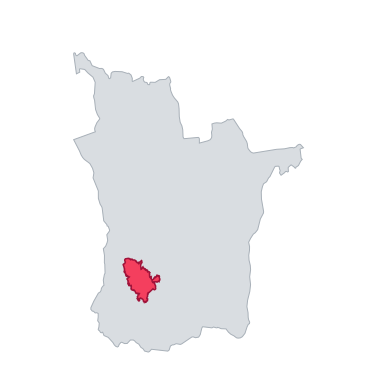 location of Bafwasende, Orientale, Democratic Republic of the Congo, rotated 172°
{"feature_id": "63176286B50174012793828", "entity_name": "Bafwasende", "entity_type": "district", "adm_level": 2, "iso_a3": "COD", "parent_name": "Democratic Republic of the Congo", "parent_adm1": "Orientale", "projection": "equal_earth", "projection_center": [26.956, 0.799], "detail": "fine", "context": "in_parent", "style": "filled", "palette": "rose", "viewbox_px": 384, "rotation_deg": 172, "n_neighbors": 0, "source": "geoboundaries", "source_scale": "gbopen_adm2", "svg_char_len": 8943}
<svg xmlns="http://www.w3.org/2000/svg" viewBox="0 0 384 384"><g transform="rotate(172 192 192)"><path d="M301.9,260.3L279.3,265.1L279.7,266.8L279.5,268.6L278.9,270.0L276.6,273.8L273.2,277.2L273.2,278.0L274.9,281.9L276.0,287.1L275.7,296.4L276.1,298.9L276.1,300.8L274.9,303.0L272.6,314.1L274.1,319.5L278.6,324.5L281.2,328.3L285.6,329.6L286.3,329.4L286.5,326.3L290.0,325.1L290.0,344.9L289.7,346.0L289.1,346.2L288.2,345.6L288.0,343.7L287.0,342.9L282.8,345.3L281.7,345.3L280.5,344.9L279.6,343.9L279.4,342.4L276.4,336.6L274.9,336.2L273.3,331.0L266.5,327.2L264.0,326.9L262.6,325.8L261.3,321.7L259.0,319.0L258.5,316.1L258.1,315.7L256.7,316.3L255.5,320.9L254.0,322.0L251.3,322.1L244.4,320.8L239.4,318.4L238.1,318.5L236.1,316.4L235.3,312.9L235.8,310.1L235.4,309.7L227.9,312.0L226.1,313.4L224.4,313.1L223.8,312.3L224.6,310.4L224.2,308.4L223.6,307.4L221.4,306.7L220.7,304.5L219.3,304.2L218.9,304.5L218.5,306.0L217.7,306.5L213.2,305.7L208.5,307.7L202.3,307.2L199.3,309.5L198.9,309.4L198.2,308.2L197.6,304.5L197.9,303.5L198.8,302.7L199.2,301.2L198.8,297.3L199.1,296.4L198.7,294.1L197.8,290.6L196.4,287.6L193.6,283.2L193.1,281.2L193.2,276.3L194.1,268.5L194.0,262.7L192.8,258.9L192.5,254.9L193.2,247.6L192.5,245.9L178.2,245.2L177.6,244.7L177.3,243.7L177.9,239.4L169.2,240.5L166.6,241.3L165.0,243.1L164.5,245.3L164.4,248.4L163.1,251.4L162.8,256.6L160.4,257.1L158.0,257.1L153.3,256.1L148.8,257.5L146.6,258.9L145.4,258.2L141.3,258.7L140.8,258.4L136.1,248.3L134.0,244.9L133.6,243.3L133.7,241.7L133.1,239.6L130.9,234.4L130.5,232.0L130.6,228.2L130.3,226.9L128.4,223.7L127.1,222.6L125.6,222.0L102.2,222.5L94.5,221.9L88.8,222.3L86.0,222.0L85.2,221.5L82.6,222.2L81.2,223.6L79.2,224.3L78.0,224.0L75.5,220.3L78.8,219.6L79.0,219.2L79.2,210.2L78.3,209.0L80.1,207.4L82.9,203.4L85.7,202.0L86.0,201.2L86.6,201.3L87.7,202.9L90.1,205.1L93.0,203.2L93.4,202.7L93.7,198.8L94.5,198.5L95.7,199.3L96.5,199.3L97.7,198.2L101.5,196.2L102.7,198.7L101.7,201.0L102.1,202.5L102.2,205.0L102.9,205.6L105.9,205.8L106.7,205.2L112.7,196.4L114.2,195.3L116.7,191.8L120.0,190.2L121.5,187.5L123.4,182.5L124.2,175.3L123.8,162.9L124.1,161.3L128.1,155.7L132.2,145.6L135.0,142.9L137.1,141.8L140.3,138.1L142.9,134.4L142.6,129.9L143.2,126.2L144.6,121.5L145.0,116.5L144.5,111.2L144.8,106.9L146.7,100.0L146.9,92.1L148.6,85.5L152.0,77.1L153.6,70.8L153.3,64.7L153.8,60.1L153.7,57.4L153.0,55.1L153.4,53.7L154.7,53.1L156.3,50.7L159.2,44.7L162.3,41.7L164.5,40.8L166.8,40.9L168.2,41.4L170.6,43.8L173.3,45.7L175.4,48.1L177.4,51.7L182.2,52.6L184.3,53.9L185.6,54.4L186.1,54.0L187.1,54.2L189.4,55.3L191.2,54.7L200.2,57.1L201.2,55.9L203.7,49.6L205.6,47.4L208.7,47.2L211.1,48.4L212.4,48.4L223.4,43.0L224.8,42.7L228.8,44.0L231.4,43.2L232.5,43.4L234.8,42.5L236.6,38.7L238.1,37.8L254.0,41.9L256.4,39.9L257.6,39.6L261.1,41.1L262.2,43.4L264.3,45.4L265.8,48.7L268.2,50.6L269.4,52.4L270.7,53.6L273.6,54.0L277.3,51.0L279.9,51.3L282.5,53.0L283.4,52.9L285.3,51.2L286.4,49.3L287.4,48.9L288.9,49.7L290.2,51.4L291.3,54.0L295.2,59.7L299.1,62.1L300.0,65.6L301.4,65.2L302.1,65.6L303.1,67.8L303.8,68.2L304.0,69.1L303.0,71.2L302.1,75.2L303.3,77.6L302.3,81.2L301.8,84.8L303.1,85.7L304.7,85.7L306.1,87.6L307.3,87.9L308.5,89.9L308.2,91.6L304.4,97.6L298.8,104.9L296.8,105.8L295.8,107.1L295.1,109.3L293.5,111.1L292.2,111.8L292.1,117.1L290.2,122.6L289.4,123.7L288.4,132.6L288.6,134.2L287.5,141.5L287.7,148.2L285.0,150.4L283.1,153.7L282.2,156.0L282.3,161.5L279.1,164.9L278.9,165.7L279.7,169.6L280.8,170.2L280.8,171.5L283.4,175.7L283.2,188.6L283.4,189.8L284.7,192.9L285.6,198.7L284.6,206.1L288.0,219.7L286.5,224.6L287.2,229.4L289.2,234.4L294.1,239.3L295.4,241.3L296.6,244.0L297.7,248.3L301.9,260.3Z" fill="#d9dde1" stroke="#a8b0b8" stroke-width="1"/><path d="M256.7,93.3L256.5,93.1L256.3,93.2L256.2,93.1L256.0,92.9L255.5,92.4L255.4,92.2L255.4,91.9L255.4,91.6L255.3,91.2L255.3,90.8L255.2,90.8L255.1,90.4L254.9,90.1L254.7,89.5L254.4,89.9L254.0,89.9L253.8,90.2L253.7,90.2L253.6,89.9L253.4,89.8L253.3,89.2L253.0,89.2L251.8,90.6L251.6,90.7L251.5,90.4L251.3,90.4L251.2,90.5L251.3,90.8L251.3,91.2L251.0,91.5L250.8,92.0L250.8,92.3L251.1,92.3L251.2,92.5L251.5,92.6L251.6,92.9L251.4,93.4L251.2,94.0L250.5,94.8L250.4,95.2L250.5,95.5L250.2,96.3L250.3,97.2L249.9,97.5L249.6,97.4L249.6,98.0L249.4,98.5L249.2,98.5L248.7,98.3L244.1,101.6L243.8,101.0L243.1,100.6L242.7,100.4L242.1,100.6L241.4,101.2L241.4,102.7L241.1,103.9L241.3,104.2L241.2,104.6L241.7,105.6L241.6,105.8L241.8,107.0L242.1,107.1L242.3,107.2L242.3,107.5L242.7,107.6L242.9,107.8L243.2,107.7L243.4,107.8L243.7,108.5L240.0,108.1L239.8,108.1L239.6,107.8L239.4,107.7L238.9,107.7L238.7,107.7L238.2,108.2L237.6,108.3L237.1,107.8L236.6,108.9L236.1,109.4L236.2,109.5L236.3,110.0L236.2,110.1L236.0,110.8L236.2,111.2L236.3,112.3L236.0,112.8L236.1,113.4L236.3,113.7L236.6,113.8L236.8,113.4L237.0,113.6L237.2,113.4L237.3,113.4L237.4,113.5L237.5,113.8L237.6,114.0L237.9,114.0L238.0,113.8L238.0,113.6L238.3,114.4L238.7,114.0L238.6,113.5L238.7,113.4L239.0,113.2L239.0,113.4L239.3,113.0L239.6,112.9L240.2,113.1L240.1,112.4L240.6,112.2L241.2,112.4L241.4,112.3L241.7,111.5L241.9,111.4L242.0,111.5L242.3,111.0L243.0,110.8L243.7,110.1L243.9,110.2L244.2,110.9L244.4,111.7L244.6,112.1L244.5,112.3L244.4,112.1L244.3,112.4L244.4,112.5L244.5,112.5L244.4,112.7L244.7,112.8L244.6,113.0L244.8,112.9L244.9,113.1L245.0,113.0L244.8,113.1L244.7,113.4L244.7,113.5L244.9,113.3L245.0,113.4L244.9,113.7L245.0,113.8L245.1,113.7L245.2,113.4L245.4,113.4L245.4,113.5L245.6,113.4L245.7,113.5L245.7,115.1L245.4,116.3L245.6,116.5L245.5,117.7L245.4,117.8L245.1,117.7L244.9,118.0L245.3,118.3L245.4,118.7L245.6,119.0L246.0,119.1L246.4,119.3L247.0,119.0L247.3,119.4L247.2,120.0L247.0,120.4L246.9,120.6L247.0,120.8L247.6,121.0L247.7,120.9L247.9,120.9L247.9,121.1L248.0,121.3L248.4,121.4L248.5,121.6L248.8,122.1L249.1,121.9L249.2,121.6L249.4,121.9L249.5,122.6L249.9,122.6L250.1,122.7L250.4,123.6L250.8,123.8L251.0,124.7L251.5,124.3L251.5,124.1L251.5,123.8L251.5,123.6L252.0,123.4L252.6,123.0L252.7,122.7L253.2,122.5L253.3,123.2L253.2,123.3L253.1,123.6L253.2,125.6L252.9,127.3L252.5,127.7L252.3,128.2L252.4,128.4L252.0,128.7L251.7,128.7L251.4,129.0L251.3,129.8L251.4,130.1L251.6,130.5L251.4,131.1L251.5,131.2L252.1,130.7L252.6,130.5L253.1,130.1L253.2,129.9L253.6,129.5L253.9,129.7L254.2,129.6L254.3,129.4L254.1,129.2L254.1,128.9L254.3,128.7L254.3,128.9L254.8,129.1L254.8,129.3L255.0,129.1L255.6,129.7L255.9,129.8L255.9,129.7L256.1,129.9L256.3,129.9L256.3,130.1L256.5,130.4L256.8,130.4L257.0,130.8L256.9,131.0L257.1,131.1L257.1,131.6L257.6,131.7L257.6,132.0L257.8,132.3L258.5,132.7L259.8,132.8L259.9,133.0L260.4,133.2L260.5,133.7L260.6,133.8L261.3,133.9L261.5,133.8L261.8,133.5L262.1,133.4L262.2,133.5L262.3,134.1L262.5,134.3L262.8,134.1L263.0,134.2L263.2,134.4L263.5,134.6L263.5,134.8L263.8,134.8L263.9,135.0L264.3,135.2L267.2,135.1L267.3,135.0L267.6,134.8L267.7,134.6L267.8,134.4L268.0,134.3L268.1,134.0L268.1,133.1L268.0,132.7L267.7,132.0L267.8,131.7L268.2,131.3L268.4,130.8L268.5,130.6L268.8,130.4L269.3,130.4L269.8,129.9L270.1,129.9L270.3,129.6L270.2,129.3L270.1,128.6L269.9,127.9L269.8,127.0L269.7,126.3L269.7,126.2L269.7,125.8L269.5,125.4L269.7,125.1L269.7,124.9L269.6,124.6L269.7,124.3L269.6,124.0L269.7,123.8L269.7,123.6L270.0,123.4L270.1,123.2L270.3,122.8L270.1,122.3L269.9,122.3L270.0,122.2L270.1,121.7L269.9,121.5L269.7,121.5L269.6,121.3L269.4,121.3L269.3,121.0L269.2,120.9L269.2,120.7L269.1,120.3L269.1,120.0L269.2,119.9L269.1,119.7L269.1,119.1L268.9,119.1L269.0,118.8L268.8,118.7L269.0,118.6L269.0,118.3L268.7,118.1L268.8,117.9L268.7,117.7L267.9,117.5L267.8,117.4L267.6,117.4L267.4,117.2L267.3,117.4L267.2,117.2L267.0,117.4L266.5,117.2L266.2,116.8L265.9,116.6L266.6,116.1L267.1,116.1L267.5,115.5L267.9,115.1L268.3,115.2L268.5,114.9L267.6,113.0L267.8,112.8L267.7,112.7L267.6,112.3L267.9,111.4L268.4,109.9L268.3,110.0L268.2,109.8L267.7,110.2L267.4,109.9L267.3,110.1L267.1,109.9L267.0,110.0L266.9,109.7L267.5,108.6L267.6,108.2L267.2,108.1L266.9,108.0L266.6,108.2L266.3,107.8L266.0,107.8L265.8,107.8L265.6,107.9L265.4,107.6L265.2,107.7L265.2,106.8L265.6,106.4L265.4,105.3L265.7,105.2L265.8,105.1L265.6,104.8L265.5,104.6L265.7,103.9L264.9,103.3L264.7,103.1L264.3,103.2L263.9,103.2L263.7,102.9L263.5,103.2L263.2,103.2L263.1,102.9L263.0,102.7L262.7,102.4L262.5,102.0L262.3,101.9L262.2,101.8L262.1,101.5L262.0,100.7L261.8,100.4L261.7,100.0L261.6,99.6L261.5,99.4L261.3,99.4L261.0,99.5L260.8,99.5L260.7,99.2L260.1,99.2L260.0,99.3L259.8,99.3L259.6,99.2L259.1,99.1L258.5,98.9L258.8,98.7L258.8,98.4L258.9,98.5L259.2,98.3L259.2,98.5L259.4,98.6L259.6,98.5L259.7,98.4L259.7,97.7L259.8,97.5L259.8,97.3L259.9,97.2L259.9,96.8L260.3,96.1L260.7,95.9L260.5,95.0L260.6,94.7L260.4,94.4L261.0,94.4L261.2,94.2L260.8,93.5L260.8,93.2L260.5,93.0L260.5,92.4L260.2,92.1L260.2,91.9L260.0,91.7L259.8,91.9L259.4,91.6L259.2,91.8L258.9,92.2L259.2,92.7L259.1,92.9L259.2,93.0L258.9,93.0L258.9,93.3L258.7,93.8L258.4,93.9L258.2,93.9L257.9,94.1L257.8,93.9L257.5,93.7L257.1,93.8L256.9,93.7L256.7,93.6L256.7,93.3Z" fill="#f43f5e" stroke="#9f1239" stroke-width="1.5"/></g></svg>